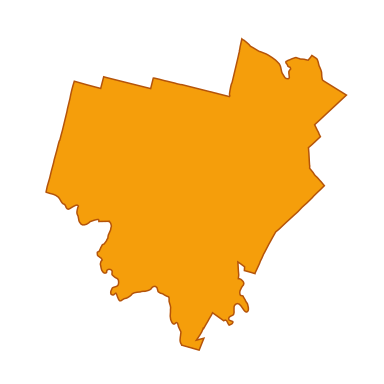 outline of Milcovul, Vrancea, Romania, rotated 95°
{"feature_id": "2599482B789818779685", "entity_name": "Milcovul", "entity_type": "district", "adm_level": 2, "iso_a3": "ROU", "parent_name": "Romania", "parent_adm1": "Vrancea", "projection": "orthographic", "projection_center": [27.261, 45.644], "detail": "fine", "context": "isolated", "style": "filled", "palette": "amber", "viewbox_px": 384, "rotation_deg": 95, "n_neighbors": 0, "source": "geoboundaries", "source_scale": "gbopen_adm2", "svg_char_len": 5999}
<svg xmlns="http://www.w3.org/2000/svg" viewBox="0 0 384 384"><g transform="rotate(95 192 192)"><path d="M290.2,218.7L290.7,218.4L294.2,217.1L294.6,216.5L294.9,215.8L295.4,215.0L295.6,214.4L295.8,213.1L295.9,212.5L297.1,210.2L297.9,208.3L298.2,207.3L298.3,206.6L298.6,206.1L299.6,205.6L302.9,205.3L305.1,204.5L306.8,203.8L308.6,203.3L309.3,203.2L310.9,203.2L313.3,203.0L317.5,202.9L319.3,202.5L321.0,202.1L322.7,201.2L324.0,200.4L324.6,199.7L325.0,199.2L325.1,198.8L325.1,198.3L324.8,197.7L323.9,196.9L323.5,196.4L323.4,196.2L323.5,195.8L323.7,195.4L324.1,195.0L324.6,194.7L326.8,193.9L327.3,193.8L327.9,193.4L330.1,192.2L332.0,191.0L333.1,190.8L334.7,190.9L335.6,190.9L337.7,191.0L340.5,191.0L342.0,190.7L342.6,190.5L343.9,189.9L344.8,189.2L345.2,188.9L345.5,188.9L348.9,171.1L336.6,167.4L339.2,174.7L334.0,171.8L330.7,170.2L326.7,168.9L327.0,168.5L322.6,166.5L319.5,165.0L316.5,163.7L312.8,161.9L310.5,161.0L317.5,149.2L317.2,148.7L316.7,147.6L317.1,146.5L317.6,146.0L320.1,144.5L321.4,143.4L320.5,141.7L319.6,140.5L318.4,139.9L317.5,140.1L316.6,143.3L316.3,143.9L315.6,144.3L314.9,144.4L314.3,144.3L313.5,144.0L312.8,143.3L312.0,142.1L311.5,141.2L311.0,140.5L310.5,140.0L309.9,139.8L308.0,139.6L306.8,139.8L302.8,140.1L301.8,139.9L301.0,139.5L300.4,139.0L299.8,138.4L299.4,137.6L299.2,136.9L299.4,136.1L299.6,135.2L301.2,133.3L303.1,131.7L305.5,129.7L306.4,128.6L306.8,127.7L306.8,127.1L306.5,126.6L306.0,126.1L305.3,125.8L304.7,125.6L303.9,125.6L302.9,125.7L302.2,125.8L298.8,126.9L298.0,127.4L296.1,129.0L295.2,129.4L292.0,131.7L291.4,131.9L291.1,132.4L291.0,132.9L290.9,133.9L290.7,134.6L290.2,135.1L289.0,135.5L287.6,135.7L286.0,135.5L282.8,134.3L281.3,133.5L280.2,132.7L279.8,132.6L278.8,132.4L278.3,132.5L277.7,132.7L277.1,133.0L276.4,133.6L275.3,134.9L274.8,135.6L274.5,136.5L274.3,137.2L274.3,138.3L270.5,138.2L266.7,138.9L257.7,140.2L259.0,137.8L261.9,133.1L265.7,133.0L267.0,126.0L267.7,122.9L267.8,122.1L267.2,122.1L264.0,120.9L257.6,118.6L256.2,118.2L255.0,117.9L253.5,117.3L252.0,116.7L250.2,116.1L247.2,115.1L246.5,114.7L237.3,110.9L234.2,109.5L230.3,107.8L224.4,105.1L221.9,102.5L220.6,101.3L217.4,98.5L213.9,95.4L205.4,87.6L204.6,86.8L202.4,84.8L197.6,81.0L195.2,78.8L193.0,76.7L187.2,71.7L185.5,70.5L181.2,66.8L178.0,63.9L174.2,60.7L170.4,64.4L169.2,65.8L167.6,67.4L166.5,68.6L165.0,70.6L164.2,71.4L162.0,73.1L158.1,76.9L155.6,77.0L155.2,77.2L151.3,77.8L143.4,78.9L139.9,79.5L138.5,79.7L137.7,79.9L134.1,76.4L125.7,68.9L123.5,70.3L121.6,71.2L119.5,72.6L114.3,75.7L82.0,46.6L70.1,70.1L69.2,71.6L68.5,72.0L65.9,72.7L61.3,73.4L59.3,74.2L57.1,75.3L55.2,76.4L53.5,77.0L51.6,77.6L49.2,78.7L48.6,79.1L47.9,80.1L45.5,84.5L47.6,85.7L48.7,86.5L50.6,87.8L50.3,90.1L50.0,91.7L50.0,93.8L50.1,95.1L50.0,96.1L49.7,96.8L49.6,97.7L49.2,99.2L49.0,100.0L49.1,100.7L50.5,103.9L52.0,106.6L52.2,107.2L52.5,107.8L53.4,109.0L53.6,109.5L54.3,109.9L54.9,109.7L55.7,109.3L56.4,108.5L57.0,108.1L58.4,107.4L58.8,106.7L59.1,105.6L59.3,105.0L60.9,104.4L61.9,105.2L62.8,105.7L63.5,106.0L65.0,105.9L69.4,105.0L69.8,105.1L70.1,105.3L70.5,105.6L70.8,106.1L70.8,106.6L70.8,107.3L70.6,108.4L70.2,109.1L69.3,109.9L65.8,112.5L64.6,113.1L59.8,114.6L59.0,114.9L56.9,116.1L54.6,118.7L53.3,120.3L51.2,123.7L49.0,127.9L48.0,130.2L47.3,132.6L46.4,135.6L46.0,137.5L43.0,143.6L41.7,146.5L40.1,148.1L38.6,150.1L36.3,153.4L35.8,154.8L35.1,155.7L43.1,156.7L46.0,156.9L46.7,157.1L47.9,157.0L50.0,157.4L53.3,157.8L79.4,161.6L81.1,162.2L83.6,162.6L87.6,163.0L90.5,163.2L91.3,163.2L93.0,162.7L93.7,163.1L86.0,211.0L85.9,211.7L86.0,212.5L85.5,216.3L85.0,218.6L84.7,220.7L83.8,226.5L83.5,229.0L82.6,234.0L81.9,238.8L81.8,239.9L81.9,240.5L92.6,242.2L85.5,286.8L84.9,290.0L96.8,292.0L94.3,306.4L91.9,318.9L96.5,319.9L101.2,320.7L105.5,321.3L109.4,321.7L119.9,323.3L122.9,323.6L134.8,325.4L142.1,326.5L146.4,327.3L151.9,328.2L152.4,328.5L152.8,328.7L155.4,329.2L162.8,330.4L172.0,332.1L174.7,332.4L183.7,334.0L190.5,335.0L199.0,336.7L204.8,337.4L205.1,336.6L205.4,335.0L205.7,334.0L206.2,330.8L206.6,329.2L207.4,327.0L208.0,326.1L208.7,324.8L210.2,323.4L213.3,321.2L214.4,320.2L214.9,319.5L215.2,318.9L215.3,318.2L216.2,317.2L217.7,316.3L218.1,316.2L218.8,315.7L219.7,314.7L219.9,313.6L219.2,312.3L216.9,309.2L215.4,306.7L215.1,305.7L215.1,305.0L215.5,304.4L215.9,304.0L216.4,304.0L217.4,304.4L220.1,304.8L221.5,304.9L223.0,304.8L223.6,304.6L224.4,304.3L225.9,303.4L230.5,302.1L231.5,301.6L232.8,300.5L233.6,299.8L234.3,298.2L234.1,296.4L233.3,294.2L231.7,292.1L230.4,290.9L228.5,286.7L227.8,284.5L227.5,283.1L228.2,282.3L229.5,282.2L228.4,272.0L228.7,272.0L228.7,271.8L229.2,271.1L229.7,270.7L230.3,270.3L231.7,269.7L232.2,269.6L232.9,269.3L234.5,269.6L236.9,269.8L242.1,271.6L244.1,271.8L245.3,271.8L246.8,272.6L247.7,272.8L248.5,273.2L250.1,274.2L251.4,275.0L251.5,275.1L251.9,276.0L252.2,276.4L252.5,276.8L253.8,277.3L255.5,278.1L256.1,278.2L258.5,279.1L259.0,279.2L260.2,281.0L260.8,281.1L262.6,280.8L263.1,280.7L263.5,280.4L264.2,279.6L264.3,279.2L265.0,278.2L265.8,276.8L267.2,275.7L267.7,275.6L269.0,276.6L271.3,277.0L272.5,276.9L273.1,276.6L275.0,276.1L276.6,275.6L277.9,275.0L278.6,274.5L279.8,273.4L280.2,272.7L280.4,272.1L280.3,271.2L280.2,270.8L279.9,270.4L279.6,270.1L279.1,270.0L277.9,270.1L277.1,269.6L276.4,268.6L276.2,267.4L276.4,266.2L277.1,265.1L278.1,264.6L280.0,264.6L280.8,264.6L281.5,264.3L282.7,262.8L283.4,261.8L284.0,260.8L284.4,259.7L285.0,258.5L286.4,257.6L288.4,257.2L290.4,257.3L291.0,257.5L291.9,258.1L292.6,259.0L293.0,259.9L293.8,261.9L294.2,262.6L294.7,263.1L297.7,264.1L298.1,264.2L299.6,264.2L300.9,263.7L301.3,262.9L301.5,261.9L301.3,261.1L300.1,260.0L299.4,259.1L299.5,258.8L300.9,258.0L302.9,257.1L305.3,255.8L306.1,255.2L306.7,254.5L306.6,253.4L304.4,250.6L303.9,249.4L303.5,248.1L302.9,247.0L301.3,244.9L299.9,243.5L298.9,242.9L298.3,242.2L297.4,240.6L296.6,237.8L296.1,234.9L295.5,233.5L295.2,232.0L295.0,230.1L294.5,228.6L293.8,226.8L293.2,225.7L292.4,224.6L291.1,223.8L290.3,223.2L289.5,222.0L289.2,220.5L289.6,219.6L290.2,218.7Z" fill="#f59e0b" stroke="#b45309" stroke-width="1.5"/></g></svg>